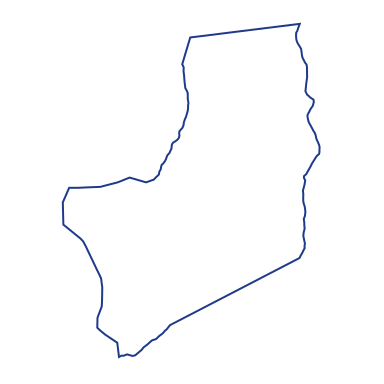 the district of Tamboril do Piauí, Piauí, Brazil, rotated 175°
{"feature_id": "56859067B55913234108674", "entity_name": "Tamboril do Piauí", "entity_type": "district", "adm_level": 2, "iso_a3": "BRA", "parent_name": "Brazil", "parent_adm1": "Piauí", "projection": "albers", "projection_center": [-43.099, -8.486], "detail": "fine", "context": "isolated", "style": "outline", "palette": "blue", "viewbox_px": 384, "rotation_deg": 175, "n_neighbors": 0, "source": "geoboundaries", "source_scale": "gbopen_adm2", "svg_char_len": 2253}
<svg xmlns="http://www.w3.org/2000/svg" viewBox="0 0 384 384"><g transform="rotate(175 192 192)"><path d="M279.1,34.0L276.6,35.1L274.1,34.9L270.9,35.9L268.0,34.8L265.7,33.9L262.9,34.2L258.5,37.3L256.1,39.0L253.7,41.5L249.1,44.4L246.7,46.3L244.5,47.8L240.7,48.6L237.1,51.5L234.2,53.2L232.6,54.5L231.1,56.1L229.3,57.3L227.3,59.4L225.5,61.3L90.6,116.9L89.4,119.0L87.3,122.0L85.9,124.4L84.7,126.1L84.6,128.4L84.0,130.8L84.7,136.5L84.9,138.6L84.5,141.1L83.8,143.4L83.0,145.4L83.0,149.2L82.8,151.4L83.0,155.5L81.7,158.0L80.8,162.0L80.8,164.8L81.0,167.6L81.9,171.8L81.9,174.5L81.6,177.6L81.3,180.1L81.4,183.6L79.3,189.4L78.2,193.7L79.2,196.1L79.1,198.0L76.7,199.8L72.0,206.6L70.0,209.9L68.0,212.5L66.1,215.1L64.4,217.1L62.1,218.8L61.6,220.5L61.4,222.5L61.0,225.7L61.3,227.9L63.5,234.4L63.9,237.9L64.6,240.3L65.7,242.3L67.9,247.6L68.9,249.6L69.8,252.2L70.2,255.0L70.4,257.4L70.0,259.1L68.5,261.3L67.0,263.8L65.6,265.6L64.1,267.4L62.8,271.1L62.9,273.4L65.9,275.8L67.7,277.8L68.9,279.0L70.2,282.5L68.6,290.7L67.3,296.4L66.6,306.4L66.8,309.0L68.1,311.0L70.1,315.9L70.5,318.0L70.6,320.0L70.8,324.9L71.6,326.7L73.8,331.1L74.5,333.3L74.8,335.6L74.7,338.8L74.3,341.7L73.1,343.2L71.8,346.4L70.0,350.1L141.8,347.5L156.9,346.9L180.3,346.1L190.6,320.1L189.9,318.3L189.4,316.6L189.7,314.8L189.9,312.8L189.8,310.4L189.7,308.3L189.8,305.6L189.8,302.3L189.7,299.4L189.6,296.1L188.5,293.7L187.6,290.9L187.9,287.6L188.1,284.8L187.9,282.7L187.8,280.8L188.4,278.5L188.6,276.1L189.0,273.8L189.9,271.3L190.7,269.3L191.4,267.4L192.7,265.2L194.1,261.9L194.6,259.3L195.9,256.8L197.8,255.0L199.2,253.6L199.7,251.6L199.6,249.1L200.5,246.9L201.9,245.4L204.1,244.0L206.6,242.8L207.9,241.0L208.3,239.1L208.7,237.0L209.7,235.3L211.1,232.8L213.4,230.6L214.3,228.8L215.1,226.9L216.5,224.8L218.2,222.9L219.9,221.6L220.7,219.4L221.2,217.2L222.8,215.1L223.4,212.4L224.9,211.1L226.9,209.6L228.9,207.7L236.9,205.6L252.9,211.8L265.1,208.1L283.0,205.1L295.1,205.7L305.0,206.1L314.0,206.9L321.6,192.9L323.0,170.7L306.9,155.1L304.7,152.2L302.5,147.1L301.2,143.5L298.0,135.0L294.6,125.8L291.0,116.4L290.1,113.8L289.7,104.7L290.8,94.2L291.1,91.6L291.4,89.2L291.9,85.8L295.9,77.5L297.1,75.0L298.2,65.1L295.6,62.1L290.8,57.4L279.6,48.4L279.1,34.0Z" fill="none" stroke="#1e3a8a" stroke-width="2"/></g></svg>